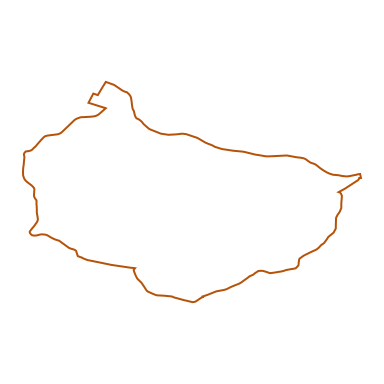 outline of Wormerland, Noord-Holland, Netherlands
{"feature_id": "6326949B48566307694504", "entity_name": "Wormerland", "entity_type": "district", "adm_level": 2, "iso_a3": "NLD", "parent_name": "Netherlands", "parent_adm1": "Noord-Holland", "projection": "natural_earth1", "projection_center": [4.861, 52.506], "detail": "fine", "context": "isolated", "style": "outline", "palette": "amber", "viewbox_px": 384, "rotation_deg": 0, "n_neighbors": 0, "source": "geoboundaries", "source_scale": "gbopen_adm2", "svg_char_len": 5807}
<svg xmlns="http://www.w3.org/2000/svg" viewBox="0 0 384 384"><path d="M25.8,151.4L24.8,152.5L24.3,153.2L24.0,153.9L23.9,154.7L24.1,155.6L24.3,156.3L24.4,157.1L24.4,157.5L24.3,158.3L23.9,162.4L23.8,163.2L23.8,163.9L23.3,167.4L23.1,169.3L23.0,172.2L23.1,175.2L23.2,175.7L24.1,178.4L24.8,179.5L25.5,180.5L27.0,181.9L28.3,182.9L30.5,184.6L31.8,185.6L33.8,187.7L34.3,188.8L34.4,189.3L34.3,190.2L34.3,190.7L34.2,191.6L34.2,192.8L34.0,194.1L34.0,194.9L34.0,195.9L34.1,196.4L34.3,196.8L34.6,197.7L35.1,198.5L35.9,199.5L36.3,200.2L36.5,200.7L36.6,201.2L36.5,201.9L36.5,204.2L36.7,206.6L36.8,209.3L36.8,210.8L36.8,212.0L36.9,213.2L37.0,213.9L37.2,214.8L37.6,217.2L37.8,218.7L37.9,219.1L37.8,219.7L37.7,220.3L37.4,221.2L36.9,222.2L36.6,222.6L34.2,226.0L31.5,229.2L30.6,230.4L29.9,231.3L29.8,231.6L29.7,231.8L29.7,232.1L29.8,232.3L29.9,232.7L30.1,233.2L30.3,233.5L30.8,234.2L31.1,234.5L31.8,235.0L32.1,235.2L32.8,235.4L33.2,235.5L33.6,235.5L34.4,235.5L35.2,235.6L37.3,235.3L37.6,235.2L40.4,234.5L41.2,234.4L43.3,234.4L45.4,234.7L46.5,234.9L47.0,235.2L47.7,235.5L48.5,236.0L50.2,237.0L51.4,237.7L52.7,238.4L53.9,238.9L54.9,239.4L58.7,240.6L59.1,240.7L69.0,247.9L71.0,248.7L73.6,249.4L74.9,250.0L75.6,250.4L76.0,250.8L76.3,251.3L76.4,251.9L76.8,253.2L77.8,256.1L81.3,257.5L81.6,257.4L81.9,257.6L83.0,258.3L84.2,258.8L87.6,260.1L88.2,260.2L96.8,261.9L110.4,264.7L112.0,265.0L129.7,267.6L135.0,268.2L134.3,269.1L133.7,269.9L133.7,270.1L133.7,270.3L134.2,271.8L135.6,275.4L136.1,276.4L137.0,278.1L137.6,279.0L140.3,281.6L141.2,282.5L142.3,283.9L143.1,285.2L143.9,286.3L146.5,290.4L147.0,290.9L147.7,291.5L148.6,291.9L151.9,293.4L153.5,294.1L156.1,295.1L156.8,295.3L164.0,295.7L165.2,295.8L167.0,296.0L167.3,296.0L170.3,296.3L172.7,296.7L173.0,297.0L173.3,297.1L173.8,297.3L174.6,297.6L175.8,297.9L176.2,298.0L179.5,298.9L179.8,299.0L180.6,299.2L181.7,299.5L183.8,300.1L184.7,300.3L185.5,300.5L186.2,300.6L188.0,301.1L190.0,301.5L191.8,302.0L192.2,302.1L193.0,302.1L193.6,302.0L195.3,301.7L195.5,301.6L197.0,300.6L197.6,300.2L198.5,299.6L199.8,298.7L201.3,297.7L201.6,297.4L202.0,297.4L202.6,297.2L203.0,297.1L202.8,296.4L204.8,295.8L207.4,294.9L215.4,291.7L216.6,291.3L222.1,290.3L224.1,289.9L225.5,289.5L226.2,289.3L226.8,289.1L228.1,288.4L229.7,287.6L231.1,286.9L236.0,284.9L238.8,283.8L240.0,283.2L240.9,282.7L243.9,280.5L247.4,278.0L249.0,276.8L249.0,276.7L250.1,276.0L251.6,275.4L252.8,274.9L253.5,274.4L255.1,273.1L257.0,271.9L257.4,271.6L257.6,271.4L257.9,271.3L258.7,270.9L261.8,270.8L262.8,270.9L263.1,270.9L263.6,271.1L264.7,271.4L266.1,271.8L266.7,272.0L267.2,272.2L269.4,273.0L270.0,273.1L270.5,273.1L273.7,272.7L275.6,272.4L277.9,272.0L278.9,271.8L280.1,271.7L281.0,271.5L281.7,271.3L282.7,271.2L285.7,270.2L286.3,270.0L290.6,269.2L293.2,268.8L294.8,268.5L295.6,268.3L296.6,267.4L298.3,265.5L298.5,265.2L298.5,264.8L298.8,262.0L299.1,259.9L299.3,259.2L299.4,258.9L299.6,258.6L302.9,256.2L304.0,255.5L306.8,254.1L307.9,253.6L309.2,252.9L311.3,251.9L313.9,250.7L315.3,250.1L316.0,249.8L316.5,249.5L317.9,248.4L318.9,247.6L321.0,245.2L323.6,243.4L323.9,243.2L324.1,243.0L326.8,239.3L328.3,237.0L328.6,236.7L333.4,232.8L333.6,232.6L335.5,229.1L335.7,228.8L335.7,228.6L335.8,228.4L335.8,226.2L336.0,219.2L336.1,217.9L336.2,217.6L337.5,215.0L337.7,214.6L338.7,213.3L339.9,211.5L340.4,210.2L341.1,208.5L341.3,208.0L341.3,207.8L341.3,207.1L341.3,203.4L341.7,198.6L341.9,195.8L341.0,193.7L340.7,193.3L340.5,193.0L340.3,192.8L340.1,192.7L339.8,192.5L338.7,192.1L342.9,189.8L344.6,188.9L349.2,185.9L357.8,180.3L358.3,179.9L359.3,178.3L359.3,178.0L359.8,178.0L360.3,178.1L361.0,178.0L360.1,174.0L358.4,174.2L355.6,174.9L349.1,176.2L347.2,176.4L346.6,176.4L345.7,176.4L345.2,176.3L343.1,176.1L341.1,175.8L339.0,175.3L338.1,175.2L336.2,175.0L333.5,174.8L332.9,174.7L332.2,174.5L330.7,174.0L329.0,173.4L328.0,172.9L327.0,172.5L326.5,172.2L324.1,170.8L322.1,169.5L320.5,168.4L319.1,167.3L318.0,166.4L316.4,165.1L315.6,164.5L315.1,164.3L314.2,163.9L312.0,163.1L311.0,162.8L310.4,162.5L310.0,162.3L308.1,161.0L307.1,160.2L305.5,159.1L304.7,158.7L304.4,158.6L303.3,158.2L302.3,158.0L300.5,157.7L298.8,157.5L296.2,157.2L287.0,155.5L286.5,155.5L274.6,156.1L267.9,156.4L266.8,156.3L265.6,156.3L265.2,156.2L260.5,155.4L258.8,155.1L256.7,154.8L255.8,154.7L244.3,151.9L243.1,151.7L241.5,151.5L232.9,150.7L222.5,149.1L222.0,149.1L221.2,148.8L217.4,147.6L215.1,146.9L214.7,146.7L212.9,145.7L211.5,145.0L210.6,144.7L209.4,144.2L207.7,143.6L206.4,143.0L205.9,142.8L205.2,142.5L198.6,138.6L197.3,137.9L196.5,137.6L186.6,134.3L185.8,134.1L183.4,133.8L181.9,133.7L179.4,134.0L175.8,134.4L168.4,134.8L164.4,134.2L162.3,133.9L160.7,133.6L160.2,133.4L150.9,129.7L149.7,129.2L149.4,129.0L149.0,128.8L143.8,124.3L143.6,124.0L141.5,121.5L141.3,121.3L140.2,120.4L138.9,119.4L138.2,119.1L137.2,118.6L136.9,118.5L136.5,118.2L136.3,118.1L136.1,117.9L136.0,117.7L135.6,116.9L135.2,116.2L134.9,115.4L133.9,111.2L133.7,110.7L132.8,109.2L132.6,108.6L132.5,108.1L132.1,105.9L131.6,101.3L131.0,97.7L130.4,96.1L129.0,94.2L127.7,93.0L126.6,92.1L125.5,91.9L123.7,91.2L121.9,90.2L114.1,84.9L105.8,81.9L103.6,85.5L103.4,85.7L97.8,95.1L93.3,93.6L88.5,102.8L93.6,104.4L103.8,107.6L105.4,108.0L105.8,108.2L99.2,114.0L98.2,114.7L97.6,115.1L96.5,115.6L95.9,115.9L94.4,116.3L92.7,116.5L91.2,116.7L83.9,117.1L82.1,117.1L81.5,117.2L80.8,117.3L80.2,117.4L79.6,117.6L76.9,118.6L76.1,119.0L75.6,119.3L75.1,119.6L73.8,120.7L72.2,122.3L70.1,124.3L64.1,130.0L61.9,132.1L61.5,132.4L60.9,132.9L60.6,133.1L60.3,133.2L59.8,133.5L58.7,134.0L57.6,134.3L54.5,134.7L51.9,135.0L47.5,135.6L46.6,135.8L45.4,136.2L45.2,136.2L44.3,136.8L43.6,137.4L41.3,139.8L39.0,142.4L36.9,144.8L35.6,146.4L34.9,147.0L34.3,147.5L34.2,147.6L33.6,148.1L33.5,148.3L32.2,149.6L31.7,150.0L31.2,150.3L30.2,150.7L28.5,151.1L28.0,151.1L26.7,151.4L25.8,151.4Z" fill="none" stroke="#b45309" stroke-width="2"/></svg>